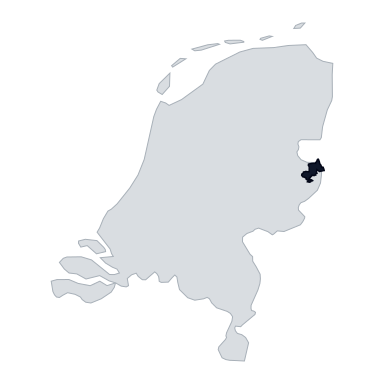 location of Dinkelland, Overijssel, Netherlands
{"feature_id": "6326949B33383901322774", "entity_name": "Dinkelland", "entity_type": "district", "adm_level": 2, "iso_a3": "NLD", "parent_name": "Netherlands", "parent_adm1": "Overijssel", "projection": "orthographic", "projection_center": [6.904, 52.371], "detail": "fine", "context": "in_parent", "style": "filled", "palette": "ink", "viewbox_px": 384, "rotation_deg": 0, "n_neighbors": 0, "source": "geoboundaries", "source_scale": "gbopen_adm2", "svg_char_len": 5595}
<svg xmlns="http://www.w3.org/2000/svg" viewBox="0 0 384 384"><path d="M244.4,361.0L236.8,360.6L229.7,360.3L226.0,359.6L222.1,357.8L220.3,354.1L218.2,349.6L218.8,346.9L225.6,339.3L226.6,337.2L225.9,336.0L226.6,332.7L231.9,321.3L232.6,316.7L230.4,313.4L227.2,311.4L216.6,307.8L211.7,302.9L209.4,298.7L207.1,297.4L203.6,298.8L194.8,300.2L187.7,297.7L179.5,289.6L177.8,282.5L176.9,277.0L174.8,275.0L172.0,277.8L168.3,282.1L161.2,282.4L159.2,281.3L159.0,278.9L158.6,276.5L156.8,273.6L154.7,271.9L145.6,279.8L142.3,279.7L138.2,276.4L136.2,273.2L131.6,274.8L127.3,278.5L128.5,285.7L126.2,286.9L121.2,286.1L115.5,282.9L109.2,280.9L99.7,275.6L86.0,279.0L76.8,273.9L69.0,273.0L64.3,269.0L59.4,262.4L63.3,258.3L66.9,257.0L81.2,256.8L91.5,259.9L109.6,274.5L114.3,274.6L119.4,273.0L117.0,269.1L112.4,267.2L105.6,263.1L100.3,257.7L113.3,256.5L111.6,253.7L110.1,249.0L97.1,232.2L99.6,228.0L103.4,218.7L107.9,211.1L111.4,209.1L117.2,203.8L129.8,188.0L138.0,175.0L144.2,159.5L153.8,116.6L156.5,109.3L160.7,101.3L165.7,103.0L169.1,105.4L181.5,99.6L202.9,84.1L209.4,70.4L215.6,64.1L239.8,52.0L253.1,48.4L273.5,47.6L288.3,45.5L306.0,44.7L312.7,52.5L316.6,58.1L323.0,61.3L332.8,63.4L332.2,74.6L332.4,96.7L331.7,100.6L327.3,109.9L322.6,126.7L321.3,137.7L319.9,139.8L301.0,139.7L298.3,141.6L297.9,144.0L298.9,146.8L298.4,149.6L296.9,151.9L297.7,155.6L301.0,159.7L307.0,162.3L313.4,162.5L316.7,162.1L319.2,165.0L321.6,169.6L321.4,175.3L320.5,183.0L317.4,190.2L308.6,198.4L304.6,201.3L300.9,202.7L299.2,204.9L298.3,207.6L298.5,210.1L304.8,216.7L304.6,218.2L302.8,221.6L300.4,224.8L284.0,231.5L277.3,230.9L273.5,234.2L272.3,234.8L268.0,231.7L258.6,228.1L255.0,229.3L253.0,231.2L246.9,233.5L242.6,237.1L242.5,241.8L250.0,254.2L252.6,256.6L252.7,261.2L256.3,267.0L260.1,274.2L260.4,278.8L259.9,283.5L257.9,290.0L251.1,305.3L251.0,308.3L251.5,310.5L253.8,311.1L255.5,312.3L255.0,314.4L242.4,324.9L240.7,326.7L235.5,326.1L234.7,327.9L235.4,330.8L237.4,333.4L241.8,334.7L245.6,337.5L248.6,342.8L244.4,361.0ZM115.5,282.9L114.3,287.3L111.2,292.1L101.2,298.8L90.9,303.0L85.7,302.2L82.2,299.6L80.4,297.0L75.0,294.3L67.6,292.7L62.9,295.2L59.4,297.5L56.5,297.0L54.5,294.8L52.9,291.5L51.2,281.2L56.9,279.6L68.9,279.5L78.1,283.4L90.2,285.7L99.8,281.2L107.0,285.6L115.5,282.9ZM96.9,240.6L103.7,247.3L105.2,249.4L105.6,251.6L96.5,253.8L87.2,245.6L80.8,247.1L78.5,243.3L78.6,241.0L85.3,239.3L96.9,240.6ZM169.5,86.3L162.2,94.5L158.0,92.0L156.8,90.1L159.2,83.6L169.9,73.1L169.5,86.3ZM201.4,50.1L194.8,50.8L191.9,49.1L207.7,44.8L217.8,43.6L219.5,44.3L201.4,50.1ZM243.8,42.2L230.0,43.9L225.3,42.4L224.6,41.0L228.4,40.3L240.2,40.2L243.8,41.5L243.8,42.2ZM185.9,58.8L172.7,67.1L171.6,65.7L180.2,58.4L185.9,58.8ZM300.3,28.1L293.8,28.5L295.7,25.4L301.7,23.0L304.9,23.0L300.3,28.1ZM272.2,36.4L262.4,40.3L260.0,39.4L260.6,38.3L269.2,35.9L272.2,36.4Z" fill="#d9dde1" stroke="#a8b0b8" stroke-width="1"/><path d="M304.8,177.4L305.0,177.5L305.3,177.8L305.5,177.8L306.3,178.0L306.5,178.3L306.4,178.5L306.2,178.6L306.2,178.8L306.1,178.7L306.1,178.8L306.1,178.7L306.1,178.8L306.1,179.0L306.2,179.3L306.3,179.4L306.7,179.6L306.9,179.7L307.1,179.7L307.2,179.8L307.3,179.8L307.5,179.8L307.8,179.9L307.7,180.0L308.0,180.1L308.1,180.3L308.3,180.5L308.4,180.8L308.3,181.0L308.2,181.2L308.2,181.3L307.9,181.4L308.0,181.5L307.7,181.7L307.6,181.8L309.3,182.2L309.6,182.2L309.8,182.1L310.2,182.0L310.2,181.9L310.4,181.5L310.5,181.5L310.4,181.2L310.6,181.1L310.8,181.0L311.0,181.0L311.1,181.3L311.1,181.2L311.5,180.9L311.5,181.0L312.4,180.8L312.6,180.8L312.7,180.7L312.4,180.5L312.3,180.4L311.5,179.8L311.1,179.9L310.9,179.9L310.7,179.8L310.4,179.8L310.4,179.7L310.2,179.5L310.1,179.4L309.9,179.3L309.6,179.4L309.4,179.4L309.2,179.3L309.0,179.2L309.0,178.9L309.0,178.7L309.1,178.3L309.2,178.2L309.3,178.2L309.5,178.1L309.5,177.8L309.6,177.7L309.8,177.6L310.2,177.6L310.3,177.2L310.4,176.8L310.7,176.9L310.8,176.6L310.9,176.4L311.0,176.4L311.2,176.2L311.4,176.1L311.5,176.1L311.6,175.9L311.6,175.7L311.8,175.5L311.8,175.4L311.9,175.1L312.0,175.1L312.4,175.2L312.5,175.3L312.8,175.5L313.0,175.4L313.7,175.5L314.0,175.6L314.1,175.4L314.1,175.2L314.3,175.2L315.1,175.2L315.7,175.0L315.5,174.6L315.6,174.3L316.1,173.7L316.3,173.5L316.6,173.3L316.9,173.3L316.8,173.0L316.6,172.5L316.6,172.3L316.5,172.0L316.4,171.8L316.4,171.6L316.4,171.3L316.7,170.6L316.8,170.2L316.9,169.6L318.0,170.5L318.8,171.0L319.2,171.3L319.6,171.5L319.8,171.5L321.1,171.1L321.3,171.1L321.9,171.0L322.7,170.8L323.8,170.5L324.2,170.5L324.2,170.4L323.6,168.4L323.3,167.8L323.2,167.7L323.3,167.7L323.2,167.3L323.0,167.2L322.9,167.2L322.7,167.3L322.7,167.2L322.4,167.2L322.1,167.0L321.8,166.9L321.7,166.9L321.6,167.0L321.6,166.9L321.4,166.5L321.4,166.4L321.1,165.7L320.6,164.6L319.8,163.8L319.6,162.9L319.5,162.4L319.4,161.9L319.0,160.8L318.6,160.0L318.6,159.6L318.4,159.3L318.1,159.1L317.4,159.5L317.3,159.8L317.2,160.2L316.9,160.8L316.7,161.4L316.3,162.0L316.2,162.1L315.2,163.0L315.4,163.4L314.6,163.4L313.9,163.3L313.6,163.3L313.0,163.3L312.0,163.4L311.6,163.4L310.9,163.6L310.3,163.7L309.7,163.8L308.5,164.1L308.5,164.4L308.4,164.8L308.4,165.4L308.4,165.6L308.5,165.7L308.7,166.0L309.1,166.3L309.2,166.9L309.2,167.0L309.2,168.7L309.2,170.3L309.2,170.5L309.2,170.8L309.2,171.5L308.7,171.9L308.4,171.7L307.6,171.7L307.2,171.7L306.7,171.6L305.9,171.4L305.2,171.7L304.2,171.9L303.5,172.0L303.1,173.1L303.0,173.3L302.8,173.6L302.2,173.8L301.9,174.0L301.8,174.4L301.7,175.3L301.9,175.4L302.0,175.6L302.0,175.8L302.5,176.4L302.8,176.8L303.0,176.9L303.3,176.9L303.6,176.9L303.6,177.0L303.8,177.0L304.4,177.2L304.7,177.3L304.8,177.3L304.8,177.4Z" fill="#0f172a" stroke="#020617" stroke-width="1.5"/></svg>